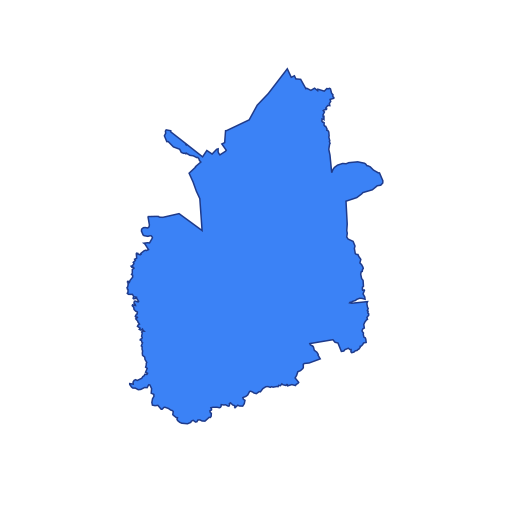 the district of San Pedro Lagunillas, Nayarit, Mexico, rotated 27°
{"feature_id": "50627088B36429080609607", "entity_name": "San Pedro Lagunillas", "entity_type": "district", "adm_level": 2, "iso_a3": "MEX", "parent_name": "Mexico", "parent_adm1": "Nayarit", "projection": "orthographic", "projection_center": [-104.74, 21.167], "detail": "fine", "context": "isolated", "style": "filled", "palette": "blue", "viewbox_px": 512, "rotation_deg": 27, "n_neighbors": 0, "source": "geoboundaries", "source_scale": "gbopen_adm2", "svg_char_len": 6135}
<svg xmlns="http://www.w3.org/2000/svg" viewBox="0 0 512 512"><g transform="rotate(27 256 256)"><path d="M273.4,432.5L274.6,430.9L277.5,431.4L278.6,430.5L278.7,428.5L280.4,427.5L282.8,427.5L285.5,426.3L287.5,421.0L288.6,420.6L288.8,419.1L287.6,416.4L286.4,416.3L285.2,414.9L286.2,413.5L286.0,412.7L284.7,411.7L286.2,410.4L290.0,408.4L292.3,407.8L293.0,407.0L293.1,405.7L292.5,404.2L295.1,403.3L296.3,402.4L299.4,402.4L300.2,401.7L299.8,400.0L299.3,399.6L299.9,398.4L303.0,399.3L305.0,399.0L305.5,399.3L305.5,400.3L306.2,400.7L307.5,397.2L309.3,397.2L312.3,395.8L312.6,392.9L311.7,389.6L309.8,389.4L308.6,388.1L310.7,385.7L311.7,383.6L311.8,379.7L312.4,379.0L314.7,378.7L316.2,379.0L318.8,378.5L320.4,375.4L321.6,375.0L322.3,371.1L324.1,368.0L325.9,366.9L328.4,366.5L329.1,365.4L330.8,365.1L333.8,362.8L335.0,362.4L334.9,361.0L336.6,360.5L337.1,358.2L338.4,358.5L341.4,357.8L341.5,357.2L341.9,357.1L341.8,356.5L342.4,356.3L343.2,357.3L346.3,354.3L350.0,353.5L350.1,352.2L351.2,350.5L351.4,349.2L346.2,346.9L346.4,344.0L345.8,340.1L347.7,337.9L348.8,335.0L348.8,333.9L347.3,331.0L347.9,329.8L351.9,327.2L359.9,318.5L356.3,316.2L356.1,315.4L353.9,314.1L350.7,313.5L348.5,311.0L347.5,310.5L347.2,310.8L346.7,310.4L344.8,310.5L343.7,309.6L362.5,295.7L365.6,297.0L368.5,296.3L375.4,302.3L377.4,300.8L377.7,299.1L380.1,296.3L382.3,296.7L383.2,296.2L384.1,298.3L385.2,298.7L386.9,297.1L387.5,295.4L388.9,294.3L389.5,292.6L389.9,292.4L390.3,290.0L389.8,289.2L390.7,288.4L391.3,286.4L391.3,284.7L393.4,283.0L391.6,280.3L390.5,279.3L389.0,279.3L387.2,277.2L386.7,275.8L384.9,275.0L384.3,274.2L384.3,272.3L385.2,271.0L383.1,268.1L383.0,265.5L383.5,262.6L384.1,261.9L382.7,260.4L383.3,257.5L382.5,256.2L381.4,256.0L381.0,254.3L380.0,254.2L379.8,251.9L378.5,250.9L376.7,248.5L376.2,247.5L376.1,246.0L362.8,254.6L360.7,255.2L360.9,254.4L362.1,254.0L362.4,252.8L364.9,250.4L365.3,249.1L367.4,246.7L369.6,245.7L372.8,245.0L371.5,243.1L368.6,241.2L368.2,237.3L367.7,237.1L366.5,238.1L365.9,237.4L365.0,235.4L365.5,234.2L362.9,229.8L362.4,229.1L360.4,228.2L357.5,224.6L356.9,222.1L357.7,221.5L357.0,219.6L357.3,218.6L356.5,217.5L353.9,215.7L351.7,215.0L350.9,211.4L347.7,209.7L346.2,208.4L344.6,209.0L343.3,208.7L340.2,204.6L339.7,202.2L335.9,198.9L330.4,199.1L328.2,197.9L327.0,194.3L325.4,192.3L322.8,186.2L311.3,166.3L319.3,158.2L322.0,152.6L322.4,151.0L329.6,144.2L332.2,138.3L335.0,136.3L335.8,133.4L334.9,131.4L328.3,125.9L327.2,126.4L321.6,126.1L317.3,124.7L314.8,124.8L314.0,125.2L311.8,124.2L310.5,124.1L303.9,125.9L296.3,130.7L294.4,132.9L291.2,134.2L287.4,138.0L285.7,141.4L285.3,143.7L285.6,147.4L276.1,132.5L272.4,127.9L270.8,122.9L270.9,122.1L269.4,120.7L269.4,119.8L266.8,116.9L266.7,115.9L264.6,112.5L263.0,111.5L262.0,111.8L261.5,110.5L259.2,108.8L258.5,109.1L257.2,108.5L256.2,106.3L255.2,106.2L254.6,106.5L253.2,105.8L253.2,104.8L252.6,104.0L253.8,103.4L254.6,103.6L253.2,100.8L252.6,101.4L251.6,99.6L251.6,96.6L249.9,96.0L250.5,94.8L252.1,93.6L252.2,92.9L251.3,92.9L251.0,92.5L251.6,89.4L253.5,88.5L252.1,86.8L252.4,84.4L250.9,82.9L253.7,80.2L253.4,79.4L252.4,79.2L251.7,78.6L251.5,77.5L249.4,76.6L246.5,73.3L245.4,73.2L244.4,74.3L243.1,74.6L242.0,78.1L235.4,79.3L235.9,80.7L232.0,79.9L229.7,83.5L225.0,83.5L224.5,84.3L215.6,78.3L211.1,80.1L208.4,78.0L206.3,80.8L198.9,75.0L193.2,105.7L188.6,121.1L188.1,137.8L172.9,157.6L172.0,158.2L176.6,169.2L174.7,171.7L181.5,175.3L181.2,176.7L177.9,182.3L176.1,181.4L174.9,180.3L173.6,177.7L172.5,178.8L170.6,185.1L164.3,184.3L163.4,191.9L143.7,188.0L143.5,188.8L142.9,188.5L143.3,187.9L123.7,184.1L123.2,183.1L118.7,184.4L118.6,185.9L119.8,187.6L119.8,190.5L124.6,194.6L125.9,193.9L132.9,196.3L139.5,195.5L142.4,197.6L144.9,197.4L145.8,196.8L147.1,196.8L147.1,196.0L151.4,196.3L154.6,195.2L158.5,195.2L159.3,194.6L161.0,195.3L162.3,196.6L164.2,197.3L161.5,203.9L161.8,204.3L158.8,212.6L166.3,218.6L173.4,225.3L179.9,230.4L196.4,257.8L168.2,253.2L155.5,263.8L152.3,265.3L151.3,265.0L149.3,265.9L142.1,269.8L142.2,270.4L146.9,276.7L147.5,278.4L146.8,280.2L144.4,280.9L142.8,281.9L141.9,284.0L142.6,285.8L145.8,288.5L147.0,288.7L150.7,287.6L152.6,285.9L153.6,285.6L155.2,286.4L155.5,287.1L155.2,292.7L153.4,293.4L150.3,295.5L151.5,295.7L157.3,299.1L155.9,300.9L155.1,300.9L153.9,302.2L152.2,306.0L152.8,306.5L152.2,307.6L150.8,307.6L150.1,308.1L149.5,307.3L148.3,307.7L148.3,308.3L150.7,312.2L149.3,314.0L150.5,314.8L149.5,317.4L150.5,317.9L150.7,318.6L150.2,320.9L149.3,321.8L150.5,322.4L151.8,321.7L152.8,322.2L151.9,324.2L153.6,327.4L153.5,329.0L154.8,329.1L155.7,330.9L154.9,334.8L155.1,336.8L154.2,336.4L153.2,336.8L153.2,337.5L154.6,337.9L154.5,339.0L155.0,339.3L155.7,341.8L155.4,342.7L156.5,343.9L157.1,343.8L158.5,346.7L158.2,347.6L159.7,348.1L163.3,346.3L165.4,347.5L165.7,349.5L166.5,349.7L168.0,348.5L167.1,347.3L168.3,347.0L168.5,347.6L172.0,349.7L171.8,350.5L168.8,351.0L168.2,351.5L168.6,353.4L170.5,354.1L171.1,354.8L168.2,355.5L168.3,356.5L170.3,357.2L171.6,359.0L173.9,359.8L175.7,359.7L176.5,361.6L175.9,362.1L175.8,364.6L176.4,365.0L178.0,364.4L178.3,364.6L177.4,366.6L180.3,367.8L180.8,368.5L183.1,369.6L182.3,370.9L182.3,372.5L185.5,372.9L185.3,374.4L187.2,374.3L188.0,372.6L188.7,373.3L190.4,373.8L189.0,374.5L188.6,375.7L189.6,376.2L190.5,379.5L191.6,380.2L191.8,381.5L190.8,382.7L190.9,383.4L192.5,383.4L193.4,384.6L194.3,384.8L194.6,388.2L195.7,388.5L196.8,390.8L198.1,392.1L198.8,394.2L200.0,396.0L202.7,396.6L204.1,398.6L207.0,400.4L207.0,401.5L207.8,403.2L208.1,405.2L210.1,405.5L210.4,409.7L212.6,409.7L212.6,411.0L210.6,411.9L210.7,413.4L209.9,414.8L209.7,416.8L206.7,420.8L204.8,420.9L203.9,422.1L203.7,424.2L204.8,425.9L201.4,427.0L201.8,427.8L204.6,429.3L206.2,429.6L208.5,428.5L211.8,428.6L213.9,427.2L216.4,423.8L218.8,422.7L218.8,419.8L219.0,419.3L220.0,419.1L223.2,421.6L224.9,425.8L227.8,425.7L228.8,427.5L228.6,430.1L229.7,433.8L231.4,435.9L234.0,435.2L236.4,433.6L241.1,435.6L241.9,435.2L242.7,432.7L243.5,432.1L247.2,431.6L250.1,432.0L251.7,431.7L252.9,432.2L253.8,435.0L254.5,435.4L258.4,436.2L259.4,435.7L259.9,437.6L261.2,438.3L263.5,438.8L265.8,438.7L271.1,436.6L273.4,433.9L273.4,432.5Z" fill="#3b82f6" stroke="#1e3a8a" stroke-width="1.5"/></g></svg>